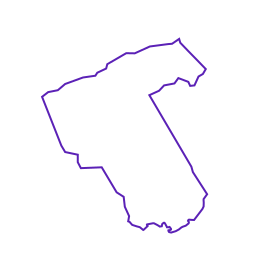 the district of Hampton, South Carolina, United States of America, rotated 281°
{"feature_id": "52423323B13440849980241", "entity_name": "Hampton", "entity_type": "district", "adm_level": 2, "iso_a3": "USA", "parent_name": "United States of America", "parent_adm1": "South Carolina", "projection": "orthographic", "projection_center": [-81.257, 32.792], "detail": "fine", "context": "isolated", "style": "outline", "palette": "violet", "viewbox_px": 256, "rotation_deg": 281, "n_neighbors": 0, "source": "geoboundaries", "source_scale": "gbopen_adm2", "svg_char_len": 1326}
<svg xmlns="http://www.w3.org/2000/svg" viewBox="0 0 256 256"><g transform="rotate(281 128 128)"><path d="M36.4,146.0L36.3,146.5L36.2,147.1L36.0,147.7L35.6,148.1L33.7,150.6L33.1,155.4L32.9,158.5L30.8,162.4L31.1,162.8L35.5,166.0L36.0,165.8L36.1,165.5L36.2,165.2L36.5,165.0L37.0,165.1L39.3,170.8L39.4,171.8L38.3,175.5L37.5,177.6L37.3,177.9L37.4,178.3L38.0,179.9L40.2,179.9L41.7,181.0L41.9,181.8L41.4,182.5L38.5,184.9L38.0,185.2L38.3,186.9L38.8,187.4L38.8,187.7L37.3,189.4L36.7,189.6L36.4,189.5L35.9,188.9L35.3,187.2L34.9,187.2L34.2,187.7L33.7,188.2L33.6,190.3L35.8,194.5L38.1,197.3L40.6,199.4L41.6,200.7L43.1,203.3L45.8,205.6L46.4,205.8L47.3,205.7L48.3,204.6L48.9,204.7L49.4,205.0L49.7,205.4L49.9,207.7L50.3,210.4L62.7,216.5L65.4,217.2L69.1,216.6L71.8,215.9L72.7,215.8L73.1,216.0L78.1,218.3L97.1,200.1L102.1,197.6L164.3,142.7L170.5,151.4L176.7,155.3L180.6,165.1L186.6,167.9L184.8,178.4L181.2,181.0L182.5,185.1L192.0,187.4L195.3,191.2L200.7,193.1L211.2,178.0L215.2,172.2L221.7,163.0L225.2,161.2L219.1,155.2L218.0,151.3L212.2,133.9L202.6,120.4L201.1,112.0L186.7,95.5L182.2,95.2L176.4,87.3L173.1,86.0L169.0,74.2L159.2,57.9L151.7,51.9L148.0,42.8L142.2,37.7L98.0,65.9L92.4,70.9L92.2,83.8L84.9,85.2L79.6,89.4L84.4,109.7L62.7,129.1L59.6,136.9L50.1,139.9L41.7,145.9L36.4,146.0Z" fill="none" stroke="#5b21b6" stroke-width="2"/></g></svg>